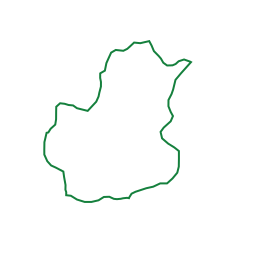 the district of Songgan, Chagang-do, North Korea, rotated 318°
{"feature_id": "82179303B82902527088629", "entity_name": "Songgan", "entity_type": "district", "adm_level": 2, "iso_a3": "PRK", "parent_name": "North Korea", "parent_adm1": "Chagang-do", "projection": "albers", "projection_center": [126.669, 40.752], "detail": "fine", "context": "isolated", "style": "outline", "palette": "green", "viewbox_px": 256, "rotation_deg": 318, "n_neighbors": 0, "source": "geoboundaries", "source_scale": "gbopen_adm2", "svg_char_len": 1305}
<svg xmlns="http://www.w3.org/2000/svg" viewBox="0 0 256 256"><g transform="rotate(318 128 128)"><path d="M143.8,68.9L140.8,72.2L138.7,75.7L135.6,79.1L130.3,82.6L127.2,84.9L122.0,87.2L109.5,88.3L106.4,83.7L103.3,79.1L102.3,74.5L99.2,71.1L97.1,67.6L94.1,64.2L88.9,64.2L85.7,67.6L83.6,69.9L80.4,73.4L76.2,76.8L73.1,76.8L70.0,76.8L65.8,78.0L64.3,77.1L56.4,82.6L51.1,88.3L48.0,91.8L45.8,98.7L45.8,104.4L47.8,109.0L50.8,117.1L47.7,121.7L43.4,128.6L40.2,132.0L39.2,134.3L37.1,136.6L40.2,140.1L42.2,147.0L46.3,153.9L51.4,158.5L57.7,162.0L63.9,163.1L68.1,166.6L70.1,171.2L72.2,173.5L75.3,175.8L77.3,176.9L80.5,179.2L81.8,180.8L82.5,180.4L86.7,179.2L90.9,180.4L96.1,182.7L101.3,185.0L107.5,188.5L114.8,190.7L120.0,195.3L127.3,195.3L134.7,194.2L139.9,190.7L145.2,185.0L150.4,179.2L149.4,173.4L147.4,166.5L146.4,158.5L149.6,152.7L154.8,151.6L159.0,151.6L164.2,151.6L169.4,149.2L170.5,144.6L172.6,138.9L176.8,134.3L183.1,131.9L187.3,129.6L195.5,124.0L204.0,122.8L212.4,121.9L218.9,121.2L218.6,120.3L215.5,114.6L210.3,112.3L206.2,112.3L203.0,111.2L198.9,107.7L197.9,103.1L198.9,98.5L199.0,95.1L198.7,88.2L200.7,82.5L201.9,77.6L193.9,73.2L189.7,68.6L184.5,68.7L180.4,68.7L176.2,67.5L171.1,61.8L165.9,60.7L160.6,63.0L155.4,65.3L149.2,69.9L144.0,68.8L143.8,68.9Z" fill="none" stroke="#15803d" stroke-width="2"/></g></svg>